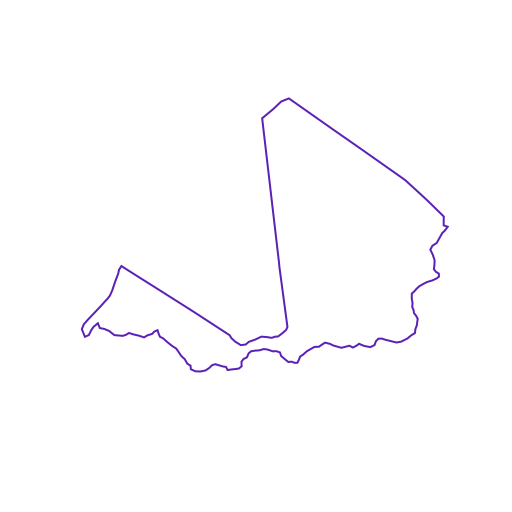 Bom Lugar, Maranhão, Brazil, rotated 248°
{"feature_id": "56859067B20670689948279", "entity_name": "Bom Lugar", "entity_type": "district", "adm_level": 2, "iso_a3": "BRA", "parent_name": "Brazil", "parent_adm1": "Maranhão", "projection": "albers", "projection_center": [-45.064, -4.297], "detail": "fine", "context": "isolated", "style": "outline", "palette": "violet", "viewbox_px": 512, "rotation_deg": 248, "n_neighbors": 0, "source": "geoboundaries", "source_scale": "gbopen_adm2", "svg_char_len": 2238}
<svg xmlns="http://www.w3.org/2000/svg" viewBox="0 0 512 512"><g transform="rotate(248 256 256)"><path d="M253.4,67.1L245.2,67.1L245.3,71.4L249.0,75.5L251.1,78.7L252.9,84.2L247.7,84.2L245.3,87.9L241.6,91.7L235.7,95.0L231.9,102.5L231.6,105.7L232.2,109.4L229.2,113.0L226.3,117.2L222.5,121.7L223.1,125.6L222.7,130.6L224.0,133.3L224.1,136.9L220.3,136.6L217.1,136.7L214.5,139.0L208.9,141.8L204.1,144.5L200.0,147.4L196.4,148.2L191.5,149.2L187.0,151.3L181.8,152.0L178.9,154.2L175.4,153.2L171.8,156.6L169.7,161.3L168.8,166.4L169.7,170.7L171.2,174.4L170.9,177.8L168.3,181.0L166.0,183.9L164.4,186.6L160.9,187.0L160.1,190.4L158.9,194.5L158.1,198.1L159.1,201.3L163.5,203.0L165.2,205.9L165.4,209.6L168.5,212.7L169.5,215.7L168.7,219.4L167.3,223.7L166.8,228.4L165.0,231.6L161.3,235.9L160.1,239.3L157.6,242.1L153.9,241.8L149.9,243.9L145.6,246.3L144.7,249.4L142.6,251.6L141.5,254.4L143.6,256.8L146.2,259.2L146.9,262.6L148.6,267.4L149.4,272.8L149.8,276.1L148.3,280.4L149.0,283.3L149.8,287.6L146.8,291.7L144.1,294.1L141.7,297.2L138.9,300.8L138.2,305.9L137.8,309.0L134.8,311.6L135.2,315.6L136.0,318.7L132.7,321.9L130.8,324.5L128.7,327.9L129.0,332.5L132.0,335.2L133.5,338.5L132.4,341.5L129.6,345.0L127.2,348.3L123.2,353.8L122.2,358.5L122.8,365.5L124.3,370.2L125.0,374.5L128.5,376.4L131.4,379.1L134.1,380.6L137.2,382.4L140.9,382.0L143.8,381.1L146.8,381.8L150.4,381.8L153.6,383.5L158.3,384.5L162.8,386.4L163.9,389.5L165.4,392.4L166.8,396.1L167.5,401.4L167.8,405.0L167.3,410.2L167.5,414.8L168.3,417.9L171.2,418.9L173.9,416.9L177.1,416.0L180.9,418.1L185.1,420.0L191.0,420.4L196.6,420.0L199.4,423.4L200.4,428.4L207.5,437.3L208.9,440.8L211.3,444.7L214.1,441.5L218.1,443.1L222.2,444.9L243.3,435.7L270.4,422.8L274.3,420.3L316.3,393.2L343.7,375.3L389.8,345.5L389.8,337.2L385.8,327.1L381.4,313.3L316.5,295.5L286.3,287.2L241.4,274.9L237.1,273.6L178.5,258.6L176.2,256.3L174.6,251.7L173.1,246.3L174.1,243.4L174.2,240.0L176.8,235.6L179.2,230.8L178.8,223.9L179.1,217.2L177.8,213.3L179.0,208.6L184.1,204.8L189.1,202.4L192.4,201.9L227.9,177.1L266.4,149.5L278.0,141.1L297.1,127.4L294.6,123.9L291.1,121.5L285.1,115.9L277.7,109.6L274.0,105.7L272.1,102.5L270.1,98.2L267.7,93.4L261.5,79.7L259.8,76.0L257.2,70.8L253.4,67.1Z" fill="none" stroke="#5b21b6" stroke-width="2"/></g></svg>